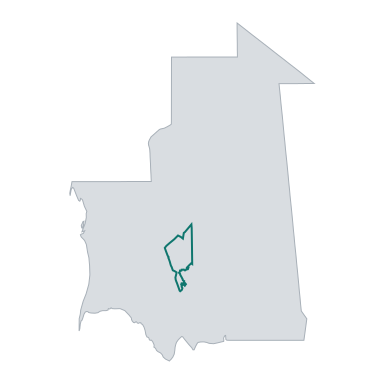 Tijigja, Tagant, Mauritania shown in context
{"feature_id": "47542326B404198781259", "entity_name": "Tijigja", "entity_type": "district", "adm_level": 2, "iso_a3": "MRT", "parent_name": "Mauritania", "parent_adm1": "Tagant", "projection": "equal_earth", "projection_center": [-11.566, 18.518], "detail": "fine", "context": "in_parent", "style": "outline", "palette": "teal", "viewbox_px": 384, "rotation_deg": 0, "n_neighbors": 0, "source": "geoboundaries", "source_scale": "gbopen_adm2", "svg_char_len": 4627}
<svg xmlns="http://www.w3.org/2000/svg" viewBox="0 0 384 384"><path d="M165.8,359.2L165.4,359.0L163.2,357.0L162.2,354.7L160.5,352.9L158.1,351.7L156.5,350.4L155.8,348.8L155.0,347.8L154.0,347.3L153.9,346.8L154.2,346.0L154.0,344.6L152.6,341.5L151.3,340.1L150.2,340.3L149.5,339.9L149.2,339.3L149.0,338.3L148.3,337.4L147.0,337.0L145.9,334.7L145.1,330.5L144.1,327.3L142.8,324.9L141.9,324.0L141.3,323.9L141.0,323.5L140.9,322.8L139.9,322.6L138.5,323.3L137.3,323.0L136.6,321.9L135.8,321.8L134.7,322.7L133.5,322.5L132.2,321.0L131.5,319.5L131.4,318.0L129.1,315.1L124.8,310.6L120.0,308.6L114.9,308.8L112.0,308.6L111.4,307.9L110.7,308.0L110.1,308.8L109.4,309.0L108.7,308.5L108.2,308.9L108.1,310.0L106.2,310.6L102.8,310.6L100.0,311.3L97.9,312.7L94.9,313.2L91.0,313.0L88.7,312.5L87.9,311.7L86.7,311.5L85.3,312.0L84.0,314.2L82.8,318.1L81.9,320.4L81.1,320.9L80.3,323.9L79.8,328.8L79.1,331.0L79.2,318.7L80.3,314.1L80.7,310.1L83.2,301.2L86.1,293.9L88.8,284.3L89.9,274.9L89.6,265.8L88.9,257.7L87.6,252.3L86.4,244.6L84.6,240.5L81.2,236.9L80.4,234.8L81.3,234.1L83.3,233.5L84.7,230.8L81.9,231.8L85.2,223.3L86.3,217.5L86.2,213.7L86.8,211.4L84.4,206.3L82.5,199.9L81.5,198.9L80.5,198.4L80.4,199.9L79.8,201.2L78.6,200.4L76.6,195.7L73.7,188.2L72.7,187.4L71.8,188.5L71.2,189.4L70.1,195.7L69.8,193.2L70.3,190.3L71.1,186.7L72.0,181.6L74.6,181.6L79.2,181.6L88.4,181.6L93.0,181.6L102.2,181.6L106.8,181.6L116.0,181.6L120.6,181.6L129.8,181.5L134.4,181.5L143.7,181.5L148.3,181.5L151.3,181.5L151.1,177.9L151.0,175.1L150.8,171.3L150.6,167.5L150.5,163.7L150.3,160.1L150.1,156.6L150.0,153.3L149.8,150.3L149.6,148.5L148.6,145.1L148.4,143.4L148.7,141.6L149.4,139.9L151.1,136.8L153.9,134.4L157.0,131.6L159.4,129.5L160.6,129.0L164.3,128.2L167.3,126.7L170.1,125.1L171.3,124.2L171.4,121.3L171.5,57.1L185.5,57.1L189.2,57.0L215.0,57.0L218.7,57.0L237.4,57.0L237.4,54.0L237.3,49.7L237.3,43.8L237.2,37.8L237.1,27.4L237.1,23.0L240.8,25.9L248.3,31.8L252.0,34.7L259.5,40.5L267.0,46.3L274.5,52.2L278.2,55.1L282.0,58.0L285.7,60.9L289.5,63.9L297.0,69.7L300.2,72.2L305.0,76.1L309.6,79.8L314.2,83.5L307.2,83.5L297.9,83.6L291.6,83.6L285.1,83.6L279.0,83.6L279.6,89.6L280.3,96.2L280.9,102.9L281.6,109.5L282.3,116.1L284.2,136.1L284.9,142.7L285.5,149.4L286.2,156.1L286.9,162.7L288.2,176.1L288.8,182.8L289.5,189.5L290.1,196.2L290.8,203.0L291.5,209.7L292.8,223.1L293.4,229.9L294.1,236.6L294.7,243.4L295.4,250.1L296.1,256.9L296.7,263.7L297.4,270.4L298.7,284.0L299.3,290.8L300.0,297.6L300.6,304.4L301.3,311.0L303.7,314.4L306.8,318.8L306.0,324.9L305.0,332.3L303.9,340.3L295.5,340.3L287.1,340.3L266.3,340.3L262.2,340.3L241.4,340.3L237.2,340.3L229.2,340.3L226.8,340.2L225.9,339.5L225.6,335.4L224.9,335.6L224.1,336.9L223.6,338.2L223.8,339.9L223.7,341.4L221.0,342.0L217.4,342.9L213.6,343.7L209.7,343.4L208.4,343.1L207.0,342.5L204.0,341.9L202.3,341.9L200.4,342.0L198.2,342.4L197.4,343.1L195.7,346.2L194.1,349.8L193.0,349.8L191.8,347.8L188.5,344.1L184.5,339.2L182.7,336.8L181.7,336.5L179.8,338.2L178.2,339.9L176.5,342.3L175.7,344.6L175.1,347.2L174.8,350.4L174.2,354.1L172.8,357.1L171.1,359.3L169.9,360.4L169.4,361.0L165.8,359.2ZM83.4,225.5L82.1,228.1L81.5,227.1L81.3,225.4L82.5,222.9L83.0,221.6L84.0,221.2L83.4,225.5Z" fill="#d9dde1" stroke="#a8b0b8" stroke-width="1"/><path d="M164.8,247.9L165.9,251.0L167.7,255.8L168.0,256.2L168.6,257.1L168.3,257.7L168.9,259.1L169.8,261.7L170.5,264.3L170.8,265.3L170.9,265.6L171.7,267.1L172.8,270.3L174.6,271.1L176.6,272.4L176.6,272.7L175.9,275.6L175.4,277.6L175.5,278.1L175.7,279.8L176.5,282.0L176.9,282.9L177.4,284.3L178.1,286.3L178.6,287.7L179.1,289.1L179.6,290.6L180.2,291.2L181.5,290.2L181.8,289.9L182.3,288.6L182.4,288.1L182.1,287.6L181.9,287.2L181.7,286.9L181.6,286.6L182.3,285.0L181.2,284.6L181.6,283.3L182.2,283.3L182.6,283.3L182.9,283.5L183.3,284.0L183.7,284.9L184.1,285.0L184.8,285.7L185.2,285.1L185.9,284.2L185.6,283.9L185.4,283.5L184.9,283.0L184.5,282.6L184.0,282.1L184.2,281.1L183.3,280.6L182.9,280.3L182.8,279.7L182.6,279.5L182.5,278.8L182.2,278.4L181.5,277.0L180.9,276.0L180.6,275.4L180.3,275.0L180.2,274.3L180.1,273.9L179.7,273.6L179.2,273.1L179.1,272.6L179.6,272.3L179.8,271.9L180.0,270.6L181.0,270.7L181.4,270.6L181.5,270.3L181.6,269.7L183.9,269.6L184.0,269.8L184.6,270.3L185.0,270.4L185.5,270.2L186.7,269.1L186.9,269.0L187.6,269.3L187.9,269.2L188.2,268.3L187.3,268.6L187.0,268.5L186.7,268.3L186.7,268.0L187.0,267.5L189.3,265.1L190.9,263.6L191.1,263.4L191.2,263.5L192.2,264.1L192.0,248.0L191.9,240.8L191.7,228.1L191.4,224.4L184.9,232.1L183.8,232.9L182.9,238.6L180.5,236.7L179.9,236.5L178.0,235.5L175.8,237.7L174.9,238.6L174.2,239.3L169.9,242.8L166.7,245.6L166.1,246.2L165.2,247.4L164.8,247.9Z" fill="none" stroke="#0f766e" stroke-width="2"/></svg>